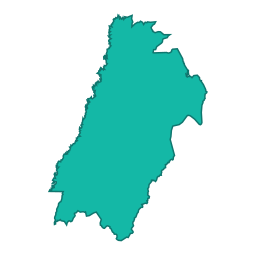 Palenque, Los Rios, Ecuador
{"feature_id": "8360857B53847682680021", "entity_name": "Palenque", "entity_type": "district", "adm_level": 2, "iso_a3": "ECU", "parent_name": "Ecuador", "parent_adm1": "Los Rios", "projection": "equal_earth", "projection_center": [-79.734, -1.333], "detail": "fine", "context": "isolated", "style": "filled", "palette": "teal", "viewbox_px": 256, "rotation_deg": 0, "n_neighbors": 0, "source": "geoboundaries", "source_scale": "gbopen_adm2", "svg_char_len": 5713}
<svg xmlns="http://www.w3.org/2000/svg" viewBox="0 0 256 256"><path d="M49.1,191.4L63.2,191.6L62.4,193.1L62.3,193.8L63.0,194.3L62.1,195.7L61.9,198.7L60.9,201.6L59.7,202.2L58.6,203.6L58.3,205.9L56.7,209.2L56.7,211.5L55.9,212.6L55.8,214.7L54.7,217.2L54.7,218.7L55.5,219.8L54.4,222.5L54.5,224.4L55.6,223.9L55.5,222.6L56.0,221.4L57.1,221.4L57.8,220.4L58.7,220.7L60.3,219.6L61.1,220.7L64.4,221.4L66.6,224.9L67.2,222.7L68.5,221.1L69.4,220.8L70.8,221.7L72.2,220.9L73.4,218.0L74.8,216.3L75.1,215.3L74.4,214.0L74.5,213.3L76.3,212.7L77.9,210.7L80.2,212.1L83.3,211.7L84.7,212.3L85.5,211.9L86.5,216.1L89.3,215.6L93.7,212.9L96.3,212.1L101.3,219.5L100.2,223.0L100.4,225.2L101.5,225.6L101.7,226.5L103.3,228.1L104.5,228.3L106.5,226.2L107.6,225.8L109.9,226.7L109.9,228.0L111.0,228.7L112.5,232.0L113.6,232.6L114.3,234.2L116.2,234.2L116.9,235.0L117.1,237.1L116.3,238.7L116.9,239.4L118.4,240.3L121.3,240.6L126.7,237.1L128.2,237.5L130.4,233.5L132.3,233.2L133.1,232.3L133.0,231.5L131.4,229.3L131.7,228.1L133.5,225.8L132.8,223.6L132.9,222.1L133.7,221.3L134.5,219.0L134.4,218.0L135.9,217.0L137.2,213.3L138.1,212.4L138.7,209.7L141.0,207.4L142.5,207.3L142.7,206.2L141.7,204.5L142.2,204.4L142.5,204.9L143.1,204.0L145.4,203.2L146.8,203.5L147.5,202.6L146.9,200.8L147.7,200.7L147.8,198.4L149.1,198.1L149.4,196.5L147.7,194.9L148.0,193.7L147.7,192.9L148.4,191.5L147.7,188.7L148.7,187.5L149.1,184.4L151.2,182.0L151.5,180.2L152.3,180.1L152.9,180.8L153.8,180.2L155.5,181.5L156.5,180.1L157.3,177.2L158.1,176.4L158.9,176.5L159.9,175.2L161.3,175.2L161.1,174.0L161.7,172.3L161.4,171.2L162.2,170.0L163.5,169.5L164.1,168.3L165.6,167.6L165.4,165.9L165.8,165.1L165.5,164.6L166.9,164.1L167.8,162.5L168.7,162.8L169.3,162.0L169.2,161.2L169.9,160.9L170.4,159.9L171.6,159.3L172.6,159.9L173.1,159.5L173.5,156.8L174.5,155.5L170.2,139.5L170.9,136.5L171.4,130.4L172.6,126.6L173.0,126.0L179.2,124.6L182.4,122.2L187.0,115.9L188.1,115.3L190.2,115.7L194.7,119.2L199.3,124.4L200.5,124.7L201.4,123.9L201.9,122.5L201.3,112.5L201.9,105.2L203.0,102.6L202.8,101.4L204.1,100.3L204.2,99.4L205.1,98.5L204.8,97.1L205.1,94.1L206.7,92.7L206.9,91.8L205.9,91.3L205.6,89.4L203.4,84.6L201.4,81.7L201.4,80.7L200.6,80.9L199.6,79.2L199.5,77.6L197.3,75.2L193.8,75.6L192.0,77.7L190.6,76.4L189.8,76.5L189.5,75.8L187.5,77.0L186.5,76.5L186.0,74.1L187.3,74.9L187.4,73.7L188.6,74.4L188.5,73.4L187.5,72.4L188.0,72.1L187.6,71.9L187.6,70.8L188.3,71.4L188.4,70.5L187.0,69.2L184.4,64.9L184.3,63.8L183.7,63.4L183.7,62.2L183.1,61.7L182.6,58.6L177.3,48.8L172.6,49.2L171.7,50.1L171.5,51.6L170.0,52.7L168.3,53.1L166.5,52.5L154.2,52.9L153.1,52.6L153.6,49.6L155.6,49.6L156.7,46.6L161.5,43.1L162.4,41.9L162.7,39.6L163.3,38.8L167.3,37.6L168.2,35.9L169.9,34.7L163.9,34.7L160.4,31.8L158.2,31.7L155.1,32.7L152.7,31.4L152.8,30.6L151.7,29.3L151.1,27.4L152.9,25.0L154.5,24.0L155.6,21.8L150.4,22.3L147.5,21.9L146.8,22.7L145.2,22.2L143.6,24.5L142.6,22.4L140.5,21.2L139.3,22.5L137.7,22.3L134.9,23.9L131.9,26.8L132.1,23.0L132.8,22.1L131.6,18.8L132.1,15.4L127.3,17.3L124.9,16.8L125.3,18.1L124.5,18.1L123.8,19.4L123.1,17.5L122.8,18.5L122.3,18.1L121.7,19.2L120.8,18.6L120.5,17.1L119.8,16.7L120.0,18.3L119.5,18.8L118.8,15.8L118.5,16.3L118.0,15.5L117.8,16.7L116.9,18.2L115.8,17.6L114.9,19.2L114.1,18.7L113.3,19.5L113.8,21.2L112.6,23.0L112.6,23.9L111.6,24.1L111.1,25.1L111.9,26.8L109.3,26.0L109.7,28.3L110.2,28.7L109.3,29.3L109.2,30.3L109.5,30.5L109.0,31.9L110.2,31.8L109.1,33.1L109.2,35.0L110.4,35.0L109.4,35.8L109.6,36.8L108.6,36.4L109.3,37.7L111.1,38.7L108.8,40.2L108.7,41.0L109.2,42.1L109.9,41.5L109.1,43.5L110.3,43.2L109.9,45.0L110.9,45.6L110.5,46.6L109.2,47.3L109.5,47.8L109.1,48.5L107.1,49.3L107.2,51.4L106.3,53.9L107.1,55.2L106.9,57.2L107.3,58.6L105.9,58.3L105.7,57.6L106.4,57.2L106.1,56.6L104.7,57.4L105.7,55.8L105.4,55.4L104.8,55.4L103.7,56.8L103.9,59.0L104.9,58.6L106.2,60.3L106.3,63.0L107.3,63.7L105.7,65.8L104.3,65.5L104.3,66.3L103.6,66.9L104.0,67.7L103.7,68.3L104.4,69.2L103.9,69.1L103.4,69.9L101.4,68.1L101.4,69.2L100.9,69.7L100.4,68.3L99.8,69.4L99.9,70.8L98.9,70.8L98.7,72.2L97.2,73.3L98.8,73.9L99.5,75.5L99.9,74.3L100.9,74.7L100.8,77.3L101.4,79.2L101.0,79.7L100.9,79.1L99.9,79.0L100.1,80.0L101.1,80.8L100.9,81.5L99.3,82.3L98.2,81.1L97.9,82.5L97.6,81.7L96.2,82.5L96.5,84.9L95.4,83.8L94.8,86.2L93.6,85.3L93.8,87.6L92.7,86.7L92.2,87.1L93.1,90.1L94.1,90.3L93.9,91.7L95.1,90.9L94.6,93.3L95.5,95.5L93.9,95.3L94.2,96.4L94.9,96.8L92.3,98.8L91.4,98.4L91.3,97.0L89.8,98.6L88.0,98.7L88.3,100.1L87.0,100.0L87.9,102.4L89.4,101.3L89.8,102.0L88.4,102.9L88.6,103.9L87.2,104.0L87.2,105.2L85.9,105.0L85.3,106.9L85.5,107.3L86.2,106.9L85.9,108.6L87.4,107.4L87.5,108.4L85.8,109.9L86.3,112.3L85.4,113.2L85.8,114.5L84.9,115.4L85.3,116.0L84.8,116.5L85.2,117.2L84.9,117.7L83.6,119.3L83.0,118.2L82.4,122.3L81.8,123.1L82.7,124.5L81.2,124.8L81.0,125.6L81.9,126.5L81.7,127.7L80.8,128.3L79.7,127.4L79.4,129.8L80.5,130.5L79.5,131.5L80.3,132.8L78.8,135.0L80.2,136.2L77.9,136.7L77.4,138.4L76.5,138.1L76.5,139.7L76.1,140.3L77.2,140.6L76.6,141.2L75.6,141.0L74.7,143.6L73.3,143.7L72.2,145.5L70.9,145.1L70.9,146.8L69.6,147.1L70.4,148.3L69.6,150.6L68.6,150.6L68.6,152.0L67.0,151.6L66.9,152.6L67.6,153.8L66.1,154.3L65.5,153.1L64.8,154.3L64.1,154.2L63.2,156.0L63.4,157.6L62.2,159.9L61.1,159.9L60.7,161.8L58.9,161.1L58.0,162.1L57.7,163.6L56.9,164.0L57.6,166.2L56.3,165.7L56.3,167.3L56.8,168.4L58.2,167.8L56.5,170.0L57.4,171.9L56.9,172.5L57.5,173.3L56.9,174.9L56.4,175.1L55.1,172.8L54.2,174.2L54.9,175.5L54.6,176.0L55.4,178.3L53.9,178.0L52.6,180.3L54.2,181.2L52.6,183.2L54.1,183.1L54.6,181.8L56.2,181.8L56.3,183.0L55.3,184.4L53.8,185.1L54.2,187.4L53.2,187.1L52.7,186.3L52.8,185.4L52.2,185.2L52.0,186.1L52.7,188.2L51.2,188.2L51.2,189.0L51.8,189.3L51.6,190.0L50.8,190.4L49.9,189.8L49.1,191.4Z" fill="#14b8a6" stroke="#0f766e" stroke-width="1.5"/></svg>